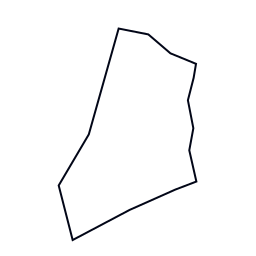 the district of Ayawaso Central Municipal, Greater Accra, Ghana, rotated 349°
{"feature_id": "2480657B92273702685271", "entity_name": "Ayawaso Central Municipal", "entity_type": "district", "adm_level": 2, "iso_a3": "GHA", "parent_name": "Ghana", "parent_adm1": "Greater Accra", "projection": "natural_earth1", "projection_center": [-0.202, 5.58], "detail": "fine", "context": "isolated", "style": "outline", "palette": "ink", "viewbox_px": 256, "rotation_deg": 349, "n_neighbors": 0, "source": "geoboundaries", "source_scale": "gbopen_adm2", "svg_char_len": 338}
<svg xmlns="http://www.w3.org/2000/svg" viewBox="0 0 256 256"><g transform="rotate(349 128 128)"><path d="M184.9,193.6L183.9,161.6L192.1,140.7L192.1,112.2L202.0,91.3L207.0,78.0L183.9,62.8L165.8,40.0L137.8,28.6L88.3,126.8L49.0,171.2L52.3,227.4L114.0,208.7L162.6,197.5L184.9,193.6Z" fill="none" stroke="#020617" stroke-width="2"/></g></svg>